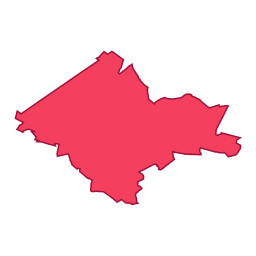 Rožupes pag., Livanu, Latvia
{"feature_id": "27541924B72516040317881", "entity_name": "Rožupes pag.", "entity_type": "district", "adm_level": 2, "iso_a3": "LVA", "parent_name": "Latvia", "parent_adm1": "Livanu", "projection": "natural_earth1", "projection_center": [26.351, 56.366], "detail": "fine", "context": "isolated", "style": "filled", "palette": "rose", "viewbox_px": 256, "rotation_deg": 0, "n_neighbors": 0, "source": "geoboundaries", "source_scale": "gbopen_adm2", "svg_char_len": 5326}
<svg xmlns="http://www.w3.org/2000/svg" viewBox="0 0 256 256"><path d="M91.1,191.2L92.1,191.6L92.4,191.6L94.5,191.4L96.9,191.4L98.6,191.3L98.7,191.5L103.3,191.7L110.6,196.6L111.7,197.7L113.5,199.0L117.3,202.2L121.4,199.5L122.7,200.4L122.8,200.5L124.1,201.6L125.8,202.9L128.5,203.2L129.0,202.9L129.6,202.9L130.6,203.1L130.9,203.6L131.4,204.1L132.3,204.4L132.7,204.5L132.8,204.5L133.1,204.3L133.4,204.2L133.6,204.2L133.9,204.1L134.0,203.9L134.4,203.8L137.8,203.3L137.3,202.7L136.7,202.2L136.5,201.7L136.8,201.0L136.8,200.8L136.4,199.8L136.4,199.4L136.5,198.8L136.5,198.5L136.4,197.9L135.6,196.2L135.5,195.7L135.4,195.4L135.5,195.1L136.1,193.3L136.2,193.1L136.3,192.8L136.5,192.6L137.1,192.3L137.8,191.9L138.0,191.8L138.2,191.6L139.1,190.6L139.5,190.2L140.1,189.8L141.0,189.4L141.3,189.1L141.7,188.7L141.7,188.4L141.7,188.2L141.6,187.9L141.4,187.7L141.0,187.4L139.7,186.2L139.4,186.0L139.2,186.1L138.0,185.7L137.8,185.5L137.7,185.4L137.6,185.1L137.6,184.7L137.6,184.4L137.7,184.2L137.8,184.0L138.0,183.5L138.0,183.2L137.9,183.1L137.5,182.5L137.5,182.4L137.5,182.2L138.0,181.8L138.2,181.6L140.0,180.8L143.3,179.1L143.6,178.9L143.6,178.6L143.5,177.9L143.5,177.7L143.6,177.0L143.6,176.3L143.4,175.7L142.9,174.9L142.6,174.5L142.3,174.2L142.0,174.1L140.8,173.5L140.6,173.4L139.9,172.5L139.6,172.2L139.4,172.1L139.2,172.0L138.8,172.0L138.9,171.8L142.3,170.4L146.2,168.4L148.1,167.3L149.3,166.7L153.9,164.4L154.0,164.3L154.2,164.1L154.5,164.2L155.9,164.4L156.6,164.5L156.9,164.6L157.0,164.7L157.1,164.8L156.7,165.5L157.3,166.4L157.5,166.4L157.9,166.4L158.0,166.4L159.0,168.1L159.0,168.3L158.6,169.3L158.7,169.5L158.8,169.6L159.0,169.6L159.6,169.6L159.8,169.7L160.3,169.9L161.7,169.2L162.6,168.5L164.1,167.4L166.1,165.7L166.3,165.5L167.3,164.8L168.0,164.5L168.0,164.4L167.9,164.3L172.9,160.5L174.4,159.2L174.2,158.9L174.0,158.6L173.8,157.8L172.9,154.6L172.7,151.9L173.3,152.0L173.5,151.9L173.5,152.0L174.9,152.3L175.0,152.3L176.1,152.5L178.1,152.8L180.1,153.2L182.6,153.6L184.3,154.0L185.1,154.1L187.5,154.2L195.5,154.5L201.0,154.7L201.1,154.1L200.6,152.7L200.3,152.3L200.0,152.0L199.8,151.6L199.8,150.8L199.9,150.7L199.6,149.8L199.7,149.7L200.5,147.9L215.5,152.0L216.3,151.8L218.2,152.5L221.0,152.8L223.7,152.8L224.7,152.6L226.4,154.6L226.5,154.7L228.4,156.8L232.9,155.6L233.0,155.7L235.8,154.7L236.0,154.6L236.9,153.9L239.1,150.4L240.2,148.6L240.4,148.4L240.4,147.9L240.6,146.7L240.5,145.3L239.5,144.8L236.3,143.1L236.8,139.9L238.4,139.0L240.2,137.8L239.7,137.7L237.7,137.1L236.5,136.9L235.0,136.4L221.4,132.9L221.7,133.6L217.6,135.3L215.7,134.5L216.0,131.5L216.2,129.6L228.2,106.0L226.8,105.6L219.6,106.6L219.0,104.9L216.4,105.8L215.4,106.0L209.7,107.9L207.3,106.6L203.0,102.9L202.5,102.5L200.9,101.2L200.4,100.5L199.8,99.6L196.7,98.3L194.9,97.2L192.6,96.5L192.3,96.4L192.3,96.1L192.0,95.7L191.8,95.7L191.4,95.6L191.2,95.5L191.1,95.4L191.2,95.2L191.3,95.0L191.2,94.9L191.1,94.7L190.7,94.3L190.6,94.2L190.2,94.2L189.2,94.3L188.7,94.2L187.8,94.1L187.3,94.1L186.0,94.4L185.2,94.8L184.1,95.5L183.2,96.2L181.5,97.5L181.4,97.6L181.1,97.7L172.7,99.1L172.0,99.1L171.4,98.9L170.4,98.8L169.2,98.8L168.2,98.7L167.2,98.5L166.2,98.2L165.6,97.9L165.2,97.6L164.1,97.6L163.4,97.9L159.8,99.4L159.5,99.6L159.0,99.8L156.8,101.4L156.2,101.7L155.1,102.5L154.7,103.3L154.6,103.7L154.5,103.9L154.0,103.6L152.7,102.6L148.7,99.2L148.5,97.8L148.2,96.0L148.2,95.8L147.8,93.8L147.6,91.6L147.1,89.4L147.3,89.3L147.4,89.1L147.8,88.3L148.0,87.9L148.0,87.5L147.5,87.1L144.3,85.0L144.2,84.8L143.4,83.9L141.0,81.4L140.9,81.3L140.5,80.5L140.1,80.4L140.1,80.2L140.1,79.7L139.9,79.3L139.7,79.2L139.0,78.8L138.6,78.2L138.5,77.9L138.5,77.0L138.5,76.9L137.9,76.1L137.6,75.7L134.9,71.5L132.9,68.5L132.9,68.2L132.0,64.6L132.0,64.3L129.4,66.0L129.2,66.0L125.8,69.1L125.2,69.7L123.0,71.3L120.5,73.3L119.5,73.8L118.6,73.0L118.6,72.7L119.5,70.1L119.9,69.0L120.5,68.3L121.1,67.7L122.0,64.5L122.5,62.5L122.4,62.4L122.6,62.2L123.2,60.1L123.5,59.8L112.7,51.9L111.8,51.5L107.7,54.3L104.1,51.7L103.0,52.7L101.8,54.0L99.0,57.2L98.1,57.5L96.3,58.3L99.0,60.3L97.5,61.3L83.1,71.1L70.1,80.0L63.5,84.6L59.8,87.1L58.1,88.3L38.3,101.9L21.2,113.8L17.3,111.1L15.9,116.4L15.8,116.5L15.8,117.1L15.7,117.2L15.4,118.4L18.1,119.7L18.1,119.8L20.6,120.9L20.7,121.0L23.3,122.3L23.5,122.5L22.9,122.9L22.5,123.1L22.3,123.3L22.0,124.0L21.7,124.3L21.4,124.5L21.1,124.7L20.5,124.8L20.0,125.0L19.7,125.3L19.5,125.5L19.2,125.9L18.7,127.0L17.8,128.1L16.9,129.4L18.2,129.9L21.5,131.4L21.7,131.6L22.8,132.1L23.0,131.9L22.9,131.9L23.3,131.4L23.3,131.5L24.2,130.4L25.5,130.0L28.5,129.2L28.8,129.2L29.4,129.2L30.7,129.9L30.9,130.0L33.8,131.2L34.0,131.4L34.1,131.5L33.9,131.5L31.7,131.8L33.5,133.8L35.4,136.2L35.5,136.4L35.8,136.7L36.3,137.4L36.0,137.9L34.9,139.7L38.5,140.5L37.0,141.7L41.7,141.9L49.8,144.4L52.3,144.9L55.5,145.9L54.9,143.6L58.7,144.0L58.8,144.0L59.1,144.3L58.3,147.5L58.2,148.1L58.0,149.2L57.3,152.5L57.1,153.4L57.4,156.2L67.6,154.0L68.0,153.7L68.8,154.6L69.1,156.4L70.1,159.3L70.4,160.2L70.3,160.3L70.5,160.4L70.8,161.2L70.9,161.5L71.3,162.6L72.0,164.5L71.9,164.6L74.2,166.6L77.1,169.1L78.0,168.3L80.0,168.6L79.9,169.7L79.5,171.0L80.3,172.0L83.8,174.9L84.0,175.0L86.2,177.0L87.0,177.6L87.8,178.1L87.7,178.1L88.7,178.7L89.3,178.3L91.2,179.8L92.4,180.5L91.1,183.8L91.0,184.1L91.1,184.3L91.1,186.1L90.8,189.4L90.8,190.0L90.8,190.5L91.1,191.2Z" fill="#f43f5e" stroke="#9f1239" stroke-width="1.5"/></svg>